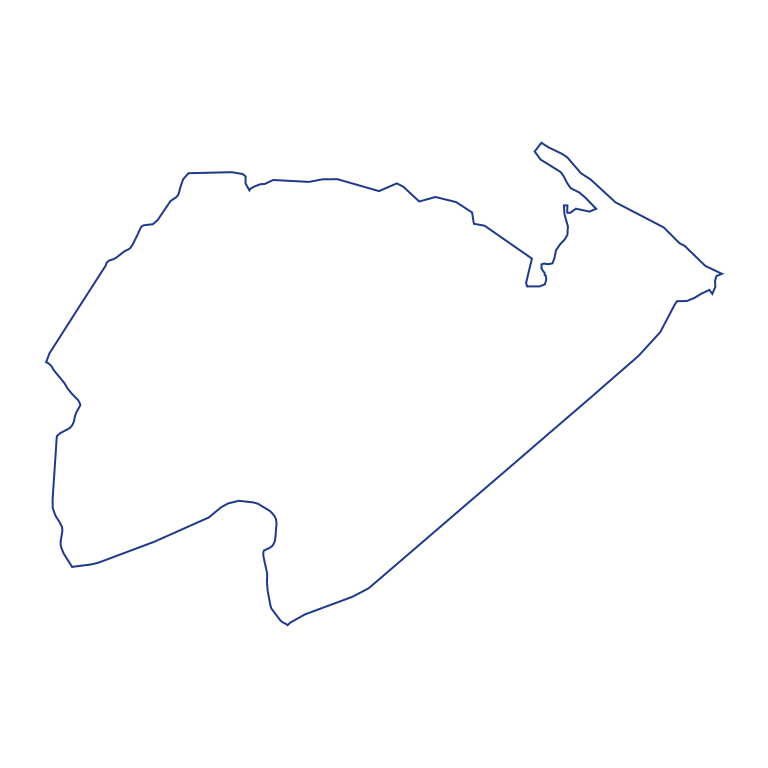 an SVG outline of Izabal
{"feature_id": "GTM-1959", "entity_name": "Izabal", "entity_type": "Department", "adm_level": 1, "iso_a3": "GTM", "parent_name": "Guatemala", "parent_adm1": "", "projection": "robinson", "projection_center": [-89.06, 15.52], "detail": "fine", "context": "isolated", "style": "outline", "palette": "blue", "viewbox_px": 768, "rotation_deg": 0, "n_neighbors": 0, "source": "natural_earth", "source_scale": "10m", "svg_char_len": 2519}
<svg xmlns="http://www.w3.org/2000/svg" viewBox="0 0 768 768"><path d="M721.9,273.8L716.4,276.1L715.0,280.9L715.4,286.7L712.3,293.9L709.4,289.9L701.3,293.7L694.4,297.9L686.9,301.0L677.0,301.2L674.4,305.2L660.2,332.2L638.5,355.9L606.4,383.8L591.1,397.2L550.1,432.4L509.4,467.5L468.7,502.4L428.3,537.1L368.9,588.1L352.6,596.7L304.9,614.4L290.5,622.5L287.5,625.2L287.2,625.0L285.9,623.9L282.5,622.2L280.5,620.6L271.3,608.4L270.4,605.4L267.6,590.3L266.9,581.8L267.2,576.7L267.1,573.3L263.4,556.3L263.3,552.7L263.9,550.5L269.7,547.9L271.7,546.4L272.5,545.6L273.3,544.5L274.5,542.1L274.9,540.9L275.4,537.4L276.5,524.0L276.2,520.5L275.9,519.0L275.1,517.3L274.0,515.5L271.7,512.7L270.2,511.3L268.8,510.3L257.9,503.7L253.2,502.4L238.8,500.8L227.9,503.5L221.2,507.2L208.9,517.4L153.9,541.9L98.3,562.7L91.3,564.4L72.1,566.9L63.7,553.6L61.6,548.6L60.8,545.8L60.6,543.4L60.8,540.5L62.3,531.6L62.3,528.9L61.9,526.6L59.2,521.5L56.1,516.8L55.0,514.4L53.1,509.2L52.7,507.4L52.6,499.3L56.8,436.4L57.6,435.4L60.5,433.0L69.4,428.3L70.3,427.5L71.2,426.6L72.0,425.5L72.6,424.4L73.8,421.8L75.1,415.9L76.0,413.2L76.6,411.9L80.4,405.1L79.7,403.0L78.1,400.1L71.9,393.8L67.8,388.8L64.1,382.7L53.8,370.3L52.0,367.0L51.3,366.1L50.4,365.0L49.4,364.1L47.4,362.7L46.1,362.3L49.5,353.3L75.9,311.9L105.5,265.9L106.5,263.2L107.5,261.8L108.9,260.7L113.8,259.0L116.2,257.7L124.0,251.6L128.9,249.1L130.6,247.7L132.4,245.0L138.1,233.6L138.6,232.1L141.0,227.3L142.1,226.2L143.8,225.3L152.9,224.2L157.7,220.0L170.5,201.0L176.0,197.4L177.9,195.4L178.7,193.6L179.2,191.8L180.1,188.1L183.1,179.3L188.5,173.2L231.7,172.2L242.7,174.0L245.1,176.0L245.4,176.4L245.7,176.7L245.5,183.4L249.4,190.4L250.4,188.7L254.9,186.3L260.4,184.2L264.6,184.0L273.2,180.0L309.1,181.9L322.5,179.3L337.5,179.2L379.0,191.1L396.8,183.4L403.3,186.7L419.2,201.5L435.4,197.0L456.2,202.1L472.1,212.5L473.9,223.8L484.6,225.7L531.9,258.6L526.1,282.8L527.1,286.4L539.8,286.4L544.9,284.3L546.3,279.7L545.8,275.7L544.7,275.1L544.6,272.9L543.0,271.0L541.5,268.5L541.5,264.4L543.9,263.6L548.2,264.2L552.4,263.4L554.3,258.6L556.1,250.0L560.3,244.1L564.7,239.5L567.4,234.8L567.9,226.5L564.4,213.8L563.9,205.4L567.4,205.4L567.2,211.1L567.4,212.8L570.3,212.8L575.9,208.7L589.5,211.6L596.2,208.8L585.3,197.6L579.3,192.5L570.6,188.1L567.0,182.8L563.9,176.6L560.7,172.1L540.5,159.5L534.7,151.5L541.4,142.8L548.6,147.4L561.9,153.8L567.3,157.4L581.0,173.3L590.8,179.6L615.4,202.3L663.7,227.4L679.6,243.3L684.6,245.8L705.3,265.9L721.6,273.7L721.9,273.8Z" fill="none" stroke="#1e3a8a" stroke-width="2"/></svg>